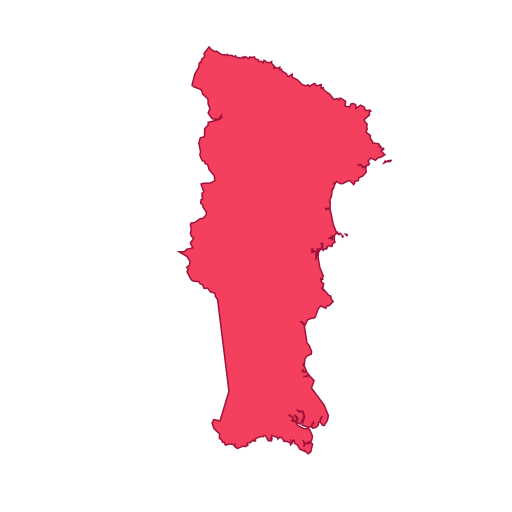 outline of Mariato, Veraguas, Panama, rotated 207°
{"feature_id": "35544464B44926155348372", "entity_name": "Mariato", "entity_type": "district", "adm_level": 2, "iso_a3": "PAN", "parent_name": "Panama", "parent_adm1": "Veraguas", "projection": "mercator", "projection_center": [-80.871, 7.491], "detail": "fine", "context": "isolated", "style": "filled", "palette": "rose", "viewbox_px": 512, "rotation_deg": 207, "n_neighbors": 0, "source": "geoboundaries", "source_scale": "gbopen_adm2", "svg_char_len": 6144}
<svg xmlns="http://www.w3.org/2000/svg" viewBox="0 0 512 512"><g transform="rotate(207 256 256)"><path d="M197.4,73.6L193.5,77.0L190.1,77.6L189.1,78.7L188.7,76.6L185.3,76.0L181.2,80.7L178.6,81.5L177.3,83.9L179.0,84.4L178.7,85.6L176.4,87.0L175.0,90.9L173.9,90.1L172.5,91.0L173.5,93.4L169.0,97.9L167.5,98.3L167.4,99.9L165.7,100.0L161.2,97.0L158.3,98.3L158.7,100.4L160.2,99.9L159.5,101.4L160.5,103.2L154.6,104.1L153.4,102.8L152.6,105.3L151.3,105.6L149.3,105.4L146.9,103.4L145.1,104.6L140.7,105.1L139.4,103.5L138.8,105.8L141.1,107.6L137.8,107.8L139.3,109.6L137.6,108.4L137.0,106.8L133.0,106.3L129.4,103.8L124.4,104.0L124.6,104.8L119.7,103.4L118.3,106.4L120.2,114.1L123.0,115.0L124.2,111.8L124.3,113.3L127.1,110.3L126.7,108.9L126.9,108.5L127.4,109.7L126.8,110.9L128.2,111.0L130.7,113.2L127.3,111.1L122.6,116.5L123.9,121.2L129.3,125.6L131.0,126.0L134.9,123.9L142.1,123.9L145.7,126.3L148.2,125.4L150.1,125.7L148.7,126.1L148.6,127.1L150.2,128.9L151.5,128.6L153.0,129.1L153.9,128.8L154.9,129.4L150.0,129.2L148.5,127.5L148.0,125.9L145.6,127.2L145.7,129.8L149.9,131.8L146.3,131.3L144.5,129.6L144.0,126.1L140.3,126.3L140.2,133.3L141.1,135.6L143.9,138.4L146.9,136.5L149.9,137.7L146.4,137.4L143.8,139.1L139.7,135.0L138.3,126.3L132.4,127.0L129.2,128.7L129.7,131.7L128.9,132.9L129.4,133.7L129.4,133.8L129.4,134.0L128.6,132.9L129.5,131.5L128.8,129.3L127.3,128.3L124.8,130.4L123.7,133.6L124.7,136.1L123.6,137.4L124.9,140.6L124.1,143.5L124.5,140.5L122.9,137.0L119.6,135.3L118.2,136.0L117.8,142.1L119.0,146.6L127.6,154.1L146.7,163.6L147.6,171.3L155.0,174.1L155.4,171.9L159.2,170.1L156.1,171.9L155.7,174.6L159.0,175.7L160.4,174.1L162.4,174.7L162.8,173.9L162.5,175.9L160.7,174.5L159.3,176.1L158.2,175.7L161.6,178.9L163.8,179.7L165.5,181.8L163.0,179.8L165.7,186.4L165.2,190.0L162.2,193.6L163.0,196.0L167.8,200.3L171.3,201.9L181.7,216.5L186.2,217.7L185.2,218.3L181.8,217.0L180.9,215.8L181.0,222.7L177.6,226.4L176.5,226.4L175.5,228.5L176.6,237.5L175.5,241.0L170.1,241.1L170.0,244.1L168.3,244.9L166.6,250.4L169.8,252.1L171.1,254.3L173.0,253.9L181.4,257.3L179.8,256.1L180.3,255.7L182.9,257.3L182.1,258.3L183.1,262.1L186.0,262.5L187.7,265.0L188.3,263.9L187.9,265.2L186.5,264.8L185.9,265.6L187.3,267.5L186.9,268.7L193.8,274.6L200.3,283.3L202.0,287.9L201.5,291.7L203.1,288.9L202.0,285.6L203.3,284.8L202.2,284.0L202.3,282.9L201.3,281.9L201.3,280.9L203.6,284.6L202.7,287.3L206.3,286.5L206.8,285.2L207.9,284.6L208.3,285.0L208.3,287.7L210.5,287.3L208.3,288.0L207.6,284.9L206.4,286.9L203.6,287.5L203.2,289.8L203.8,289.5L204.4,289.5L204.8,290.5L203.8,289.6L201.4,292.9L201.8,295.6L203.5,296.3L203.0,297.6L201.8,297.8L203.0,297.2L201.0,295.3L200.7,291.9L198.6,291.5L198.6,293.6L196.5,294.0L196.2,296.0L197.0,296.4L195.5,298.6L193.4,298.5L192.5,299.6L193.4,301.2L191.8,304.5L193.2,305.1L195.1,309.3L197.0,307.3L195.5,306.1L195.8,305.0L197.2,305.5L200.2,304.4L197.8,305.5L197.8,307.7L195.9,309.0L194.1,314.2L195.3,313.8L201.4,319.1L211.3,331.5L211.6,330.9L212.6,331.4L212.7,330.7L214.8,329.2L216.3,330.7L215.0,329.5L212.9,331.6L211.5,331.8L214.6,338.4L215.8,338.8L215.8,343.0L218.4,350.4L217.6,350.7L218.4,355.7L219.2,355.8L219.6,356.6L218.3,356.7L218.1,359.0L213.8,358.7L211.6,359.8L208.0,364.8L206.3,365.8L201.5,363.9L201.1,365.9L202.0,367.3L199.1,369.5L199.8,372.7L197.3,375.3L195.9,380.7L198.6,385.2L200.5,383.4L202.2,383.7L203.1,384.7L205.3,384.2L206.2,382.2L205.9,384.0L205.4,384.5L203.5,384.9L201.1,383.9L198.4,385.6L198.6,387.3L197.3,387.6L196.7,389.6L199.2,391.4L198.2,395.4L193.0,395.5L191.9,399.1L190.1,400.0L187.1,404.7L192.1,406.3L190.7,409.2L191.3,409.9L192.3,408.9L194.4,409.1L194.4,410.1L196.4,410.0L196.3,410.9L197.7,411.7L203.5,409.6L204.0,410.8L207.8,412.9L208.8,415.3L214.2,416.3L214.6,419.8L216.3,421.8L216.7,423.8L220.7,425.5L221.4,427.0L218.9,433.1L220.7,436.5L219.6,437.2L220.7,437.7L224.6,435.3L227.1,437.8L231.3,437.9L234.0,433.0L235.9,436.1L238.6,436.0L240.5,434.5L240.2,431.3L244.8,429.9L246.3,434.5L252.0,435.1L253.0,434.6L252.9,432.6L255.1,433.3L257.7,430.8L263.7,433.6L270.9,434.6L272.4,436.5L274.2,435.1L275.7,438.4L278.6,435.6L280.4,435.0L281.1,436.3L282.6,436.0L285.5,431.3L287.0,432.3L289.4,430.0L293.0,429.7L299.2,431.8L305.0,431.7L306.3,434.4L308.5,430.7L310.6,430.9L311.3,432.1L317.4,432.7L318.0,434.0L319.5,432.8L320.5,435.1L322.4,432.8L325.7,433.0L325.0,432.0L325.3,431.4L326.2,433.5L329.9,435.0L330.4,436.3L331.3,434.7L334.9,433.1L336.5,434.2L337.8,433.9L337.4,431.2L339.6,431.9L342.0,430.5L342.9,431.8L346.4,431.4L347.7,432.7L350.7,430.5L351.8,430.7L352.3,428.6L356.0,428.9L356.9,426.8L357.8,427.6L359.4,425.3L364.1,424.0L365.0,425.1L366.9,423.4L368.8,423.8L371.7,422.1L373.0,422.7L374.4,420.9L375.7,421.1L377.7,419.8L384.2,420.6L384.7,419.8L388.6,419.4L392.7,420.9L394.2,412.8L392.3,410.5L393.8,406.6L392.8,403.4L393.7,403.4L394.1,401.6L392.7,398.6L393.1,390.3L390.6,379.2L387.9,378.5L381.5,379.3L379.2,378.5L377.0,376.0L370.2,374.2L367.4,369.4L364.0,366.6L363.5,361.6L357.4,358.3L352.5,360.2L351.1,362.3L350.6,365.8L349.5,363.8L350.8,360.9L359.3,353.4L358.1,351.0L359.5,346.2L356.1,338.9L359.3,336.0L358.2,330.6L352.8,323.9L351.9,320.5L349.0,317.9L347.1,316.6L345.0,317.0L343.3,315.3L340.6,315.6L337.0,311.7L329.8,308.7L326.8,304.6L329.9,300.1L336.3,296.7L337.6,295.1L331.7,289.6L332.5,287.1L329.5,282.3L330.5,281.3L329.3,277.9L326.2,277.3L325.6,275.5L320.4,272.8L319.0,269.7L320.5,265.2L322.7,264.0L325.7,258.1L328.9,255.8L328.6,253.8L325.9,250.8L324.7,246.3L322.4,244.2L319.5,243.3L320.4,237.7L316.0,234.6L320.9,230.4L321.6,227.4L326.4,224.8L317.2,224.2L312.3,221.2L311.1,217.8L312.6,214.4L310.2,213.4L310.4,210.7L302.9,205.4L300.3,205.2L295.3,207.2L293.1,205.8L290.8,206.3L287.6,203.6L284.2,205.4L280.4,203.3L275.6,204.3L274.0,201.7L270.4,199.7L218.7,123.2L213.2,92.7L219.3,91.2L219.4,87.3L215.0,83.1L207.8,81.0L205.9,77.0L202.8,76.3L201.2,74.8L199.7,75.6L197.4,73.6ZM181.8,400.7L182.5,399.3L179.3,401.1L179.1,402.0L180.0,401.9L178.4,403.0L181.8,400.7ZM193.1,312.9L191.2,312.9L190.9,314.4L191.6,314.2L193.1,312.9ZM184.0,399.4L184.2,397.0L182.7,398.9L184.0,399.4ZM186.1,316.0L184.3,315.3L184.4,316.5L186.1,316.0ZM188.7,313.5L187.6,312.1L187.3,312.2L187.3,313.2L188.7,313.5Z" fill="#f43f5e" stroke="#9f1239" stroke-width="1.5"/></g></svg>